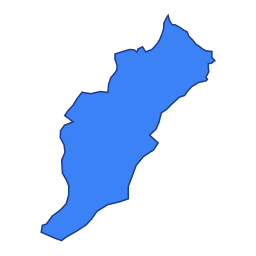 the district of Kannaviou, Paphos, Cyprus
{"feature_id": "46923920B99178122157900", "entity_name": "Kannaviou", "entity_type": "district", "adm_level": 2, "iso_a3": "CYP", "parent_name": "Cyprus", "parent_adm1": "Paphos", "projection": "robinson", "projection_center": [32.575, 34.907], "detail": "fine", "context": "isolated", "style": "filled", "palette": "blue", "viewbox_px": 256, "rotation_deg": 0, "n_neighbors": 0, "source": "geoboundaries", "source_scale": "gbopen_adm2", "svg_char_len": 1298}
<svg xmlns="http://www.w3.org/2000/svg" viewBox="0 0 256 256"><path d="M82.1,92.2L77.3,98.3L73.0,105.3L68.3,110.3L64.7,115.5L73.1,121.9L64.5,125.2L60.5,130.8L60.3,137.7L64.0,144.6L65.0,152.3L61.7,160.0L62.0,166.4L62.5,173.3L66.8,180.7L68.8,186.1L68.6,195.3L66.2,203.7L60.5,209.9L52.0,216.3L46.4,224.1L42.3,225.3L41.2,232.2L53.9,237.8L61.6,240.6L66.6,236.8L77.0,230.9L86.3,224.7L90.5,220.1L91.5,219.1L96.9,211.4L107.6,204.7L120.3,201.6L128.3,198.8L128.3,188.0L128.3,186.2L132.0,176.5L136.1,165.5L143.4,156.5L153.7,149.8L158.2,142.9L149.6,135.2L156.1,129.0L158.9,122.4L161.3,112.9L166.7,109.3L171.9,104.0L176.7,99.6L179.4,97.1L184.5,95.5L187.4,91.4L191.7,86.6L198.5,82.5L206.3,80.7L207.4,79.2L205.8,77.3L208.8,71.8L208.3,67.8L208.4,63.4L211.2,63.4L214.8,60.7L211.9,57.5L211.8,53.0L212.0,51.5L206.0,50.8L202.5,48.9L198.7,46.0L195.8,44.0L192.9,40.3L188.6,36.0L187.2,31.9L183.9,30.2L179.8,27.3L174.9,24.7L172.2,24.9L169.4,20.4L168.1,15.4L167.6,16.2L166.0,18.7L163.9,23.1L163.6,28.8L161.9,34.2L159.8,39.4L157.7,42.9L154.8,46.5L151.6,49.7L145.6,51.8L142.5,46.8L138.0,49.0L136.9,52.1L134.0,49.8L129.4,49.5L123.5,51.3L115.0,54.0L115.0,59.4L117.1,65.2L116.8,70.2L114.4,73.5L110.7,77.9L108.6,84.3L107.9,92.4L100.3,91.5L90.9,93.7L82.3,92.4L82.1,92.2Z" fill="#3b82f6" stroke="#1e3a8a" stroke-width="1.5"/></svg>